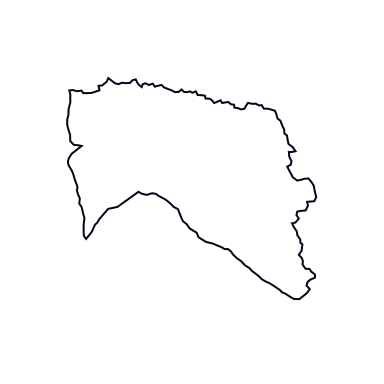 Colorado, Paraná, Brazil, rotated 160°
{"feature_id": "56859067B48104016999409", "entity_name": "Colorado", "entity_type": "district", "adm_level": 2, "iso_a3": "BRA", "parent_name": "Brazil", "parent_adm1": "Paraná", "projection": "mercator", "projection_center": [-51.974, -22.817], "detail": "fine", "context": "isolated", "style": "outline", "palette": "ink", "viewbox_px": 384, "rotation_deg": 160, "n_neighbors": 0, "source": "geoboundaries", "source_scale": "gbopen_adm2", "svg_char_len": 2667}
<svg xmlns="http://www.w3.org/2000/svg" viewBox="0 0 384 384"><g transform="rotate(160 192 192)"><path d="M210.5,167.7L208.1,163.8L206.7,158.7L204.0,155.1L201.6,152.3L201.3,147.2L195.8,140.2L190.1,136.5L186.7,133.3L182.8,129.7L181.0,127.3L177.8,126.1L175.9,123.3L174.6,118.8L172.7,114.7L169.6,110.4L167.1,104.7L164.0,100.8L162.8,97.5L160.1,93.4L158.0,90.0L156.3,86.2L153.0,82.3L151.0,80.5L146.9,75.4L142.9,69.7L141.5,66.7L139.3,64.8L134.7,58.8L132.6,56.5L127.7,54.6L118.6,57.7L114.5,60.5L116.4,64.8L114.2,67.9L111.1,69.1L105.6,69.6L104.7,72.5L107.2,76.5L107.9,79.5L111.6,81.1L112.9,86.1L111.5,89.0L111.3,91.9L113.1,96.4L109.1,99.4L106.2,105.0L107.5,107.3L106.5,110.4L107.8,115.2L107.0,119.0L108.3,124.0L108.7,128.4L105.3,127.9L100.7,130.5L101.7,134.7L99.7,137.6L96.5,137.1L91.5,135.8L87.7,139.5L87.2,143.4L80.3,141.5L77.0,144.7L76.2,151.8L75.4,156.7L76.5,160.9L78.0,164.9L81.7,166.0L84.7,166.1L89.3,166.8L92.2,171.3L93.2,178.2L93.8,183.2L89.8,183.9L88.0,186.8L88.5,191.9L87.3,196.5L84.7,195.5L80.8,194.9L82.0,199.7L84.9,204.2L84.1,209.5L83.4,212.6L85.2,215.5L84.0,219.1L84.4,222.4L84.6,228.9L86.5,231.7L86.1,236.9L86.3,240.0L89.1,242.1L91.8,244.1L96.0,245.8L96.8,249.8L99.4,250.4L101.9,253.2L104.9,254.1L109.1,256.6L114.4,252.3L117.8,252.9L120.5,255.4L123.3,256.7L122.6,259.6L125.3,261.1L127.2,264.2L133.2,265.3L133.8,268.4L138.0,268.1L140.8,268.0L141.8,271.2L143.5,273.7L147.3,275.1L146.9,278.0L149.2,279.4L153.5,281.2L154.0,285.3L157.6,285.1L159.6,287.3L162.9,287.6L165.3,288.8L166.8,291.9L170.4,290.6L174.0,291.8L176.1,294.2L179.3,297.0L182.3,299.6L184.0,303.0L187.1,303.4L190.9,303.7L191.8,307.2L195.9,307.3L198.6,310.1L201.5,310.1L203.3,307.8L205.3,310.9L206.0,313.6L206.4,317.1L209.5,317.4L213.1,315.7L217.4,317.1L220.7,318.7L224.0,318.4L227.2,320.5L229.5,324.2L231.7,327.7L234.4,324.8L237.4,323.7L240.1,322.9L243.5,323.7L244.2,319.2L249.3,319.3L252.8,319.5L258.0,321.2L260.4,322.1L261.2,325.1L265.6,326.0L269.1,328.6L272.6,329.4L272.9,325.4L274.6,321.1L275.5,318.1L279.6,312.1L281.8,306.7L284.3,303.0L285.5,300.1L286.4,297.2L286.8,292.5L287.0,287.4L289.0,281.5L286.9,276.7L283.1,274.9L280.0,273.0L287.0,270.7L292.0,269.1L296.0,266.0L298.0,263.5L298.8,260.6L298.6,257.8L297.7,253.8L297.5,249.8L297.9,243.2L297.8,239.0L298.0,235.5L299.6,232.9L299.9,228.7L299.6,224.4L301.9,219.7L300.9,215.6L301.7,208.6L302.0,204.4L305.3,197.6L306.4,194.3L307.6,191.4L308.6,187.5L307.6,184.1L299.8,188.8L294.3,194.5L291.7,195.5L288.4,198.2L276.6,204.8L267.1,203.5L242.3,210.5L239.5,207.3L235.3,204.7L230.0,204.5L226.6,202.6L224.4,199.4L219.5,194.0L217.6,191.0L216.2,188.4L214.2,184.1L211.1,180.8L210.8,171.3L210.5,167.7Z" fill="none" stroke="#020617" stroke-width="2"/></g></svg>